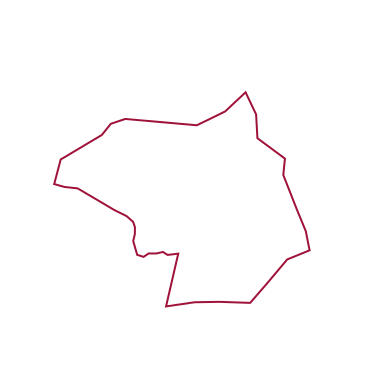 the border of Lielvardes, rotated 118°
{"feature_id": "LVA-5769", "entity_name": "Lielvardes", "entity_type": "Municipality", "adm_level": 1, "iso_a3": "LVA", "parent_name": "Latvia", "parent_adm1": "", "projection": "albers", "projection_center": [24.97, 56.715], "detail": "fine", "context": "isolated", "style": "outline", "palette": "rose", "viewbox_px": 384, "rotation_deg": 118, "n_neighbors": 0, "source": "natural_earth", "source_scale": "10m", "svg_char_len": 661}
<svg xmlns="http://www.w3.org/2000/svg" viewBox="0 0 384 384"><g transform="rotate(118 192 192)"><path d="M305.2,161.2L252.9,175.2L259.0,184.0L258.6,189.5L263.0,194.6L266.6,201.4L272.0,204.3L273.2,210.9L262.9,220.9L256.0,222.7L249.8,225.9L246.0,230.0L244.0,238.4L244.4,252.0L242.5,294.7L247.4,306.9L249.7,317.4L224.9,323.2L212.2,315.5L198.5,307.2L184.0,298.4L169.9,295.7L158.9,285.3L138.4,237.0L130.8,219.1L118.8,210.3L105.2,200.5L92.5,196.2L78.8,191.5L93.4,171.8L113.8,159.5L118.9,125.6L134.1,119.4L157.8,91.7L173.1,73.2L188.3,60.8L206.9,76.3L235.6,82.4L262.6,88.6L276.2,116.4L288.1,137.9L305.2,161.2Z" fill="none" stroke="#9f1239" stroke-width="2"/></g></svg>